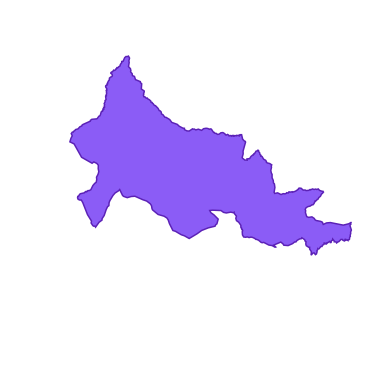 Senga Hill, Northern, Zambia (Robinson projection), rotated 226°
{"feature_id": "96606910B60229531220552", "entity_name": "Senga Hill", "entity_type": "district", "adm_level": 2, "iso_a3": "ZMB", "parent_name": "Zambia", "parent_adm1": "Northern", "projection": "robinson", "projection_center": [31.64, -9.277], "detail": "fine", "context": "isolated", "style": "filled", "palette": "violet", "viewbox_px": 384, "rotation_deg": 226, "n_neighbors": 0, "source": "geoboundaries", "source_scale": "gbopen_adm2", "svg_char_len": 6042}
<svg xmlns="http://www.w3.org/2000/svg" viewBox="0 0 384 384"><g transform="rotate(226 192 192)"><path d="M100.6,286.5L101.6,286.7L101.9,286.2L104.5,284.9L106.6,284.9L107.0,283.6L108.2,283.0L109.0,281.6L110.5,280.8L110.7,280.2L111.3,278.6L111.8,278.6L112.1,277.1L113.8,275.0L114.8,274.8L116.1,273.3L118.9,273.1L120.4,271.8L120.5,271.0L120.1,270.5L120.7,266.9L121.8,264.7L122.3,264.5L122.2,264.0L123.0,263.7L123.4,262.9L124.7,261.9L124.4,261.6L124.5,260.5L125.7,259.6L125.5,259.0L126.1,257.6L127.5,256.4L128.3,254.3L131.9,253.0L133.5,250.5L134.7,250.8L137.7,254.8L140.6,256.9L141.9,256.9L143.9,258.5L146.6,259.5L149.1,261.9L150.4,262.2L152.7,263.6L154.6,266.4L155.7,267.1L156.1,268.2L158.5,267.7L160.7,266.3L161.8,266.2L162.2,266.7L163.7,267.0L165.8,266.3L168.7,267.0L169.6,266.9L170.0,266.4L170.7,267.1L171.7,266.9L173.2,267.9L175.2,268.1L175.6,268.7L176.3,268.5L176.3,267.4L176.9,266.4L176.3,264.3L176.5,263.1L176.2,263.0L176.1,261.7L176.4,261.6L176.6,259.1L176.0,256.7L177.6,254.5L176.6,253.8L178.3,252.2L181.2,251.8L181.9,252.0L183.9,255.3L185.9,257.1L190.7,265.2L191.4,265.5L192.3,265.1L194.8,265.1L198.8,267.5L199.8,266.4L199.4,265.9L199.5,265.0L200.3,265.2L200.6,264.3L201.7,263.6L201.6,263.0L202.6,262.2L202.7,261.6L203.4,261.4L203.2,261.0L204.0,260.7L203.7,260.4L204.9,259.7L204.8,259.2L205.8,259.0L206.1,258.2L206.7,257.6L207.2,257.9L208.7,257.6L209.2,256.2L209.9,255.8L211.1,256.1L213.3,255.5L214.5,254.0L214.8,251.6L215.8,250.3L217.2,250.2L218.3,249.3L219.7,249.3L219.9,248.9L223.8,249.6L224.8,248.9L225.0,248.1L226.7,247.5L228.1,246.4L229.5,244.3L229.7,241.7L232.8,240.2L234.0,237.9L235.8,237.3L236.5,236.3L237.1,236.2L237.8,232.3L239.5,230.8L242.1,229.9L243.1,230.8L244.3,229.8L248.2,228.5L250.9,228.4L256.1,225.8L259.6,226.3L263.7,225.2L264.7,224.4L267.7,224.8L269.4,224.3L270.9,225.4L272.3,225.5L273.3,225.0L275.8,225.7L279.5,225.7L280.4,225.1L282.7,225.4L283.3,225.1L284.1,225.5L285.2,224.9L286.0,225.5L288.1,225.4L289.6,224.9L290.6,225.1L291.2,224.3L293.3,224.2L294.0,223.5L295.5,224.4L295.9,225.4L296.5,225.6L297.2,227.2L297.9,227.8L301.3,227.1L304.8,231.0L306.5,230.9L307.3,231.5L312.1,229.4L315.1,230.9L317.1,230.0L318.8,231.2L320.8,231.2L321.5,231.7L321.6,232.2L323.5,233.4L326.3,233.4L328.8,236.8L330.2,237.7L331.7,240.1L333.9,240.7L334.5,239.3L335.3,238.7L335.4,236.9L333.9,233.3L334.7,232.1L333.9,231.4L333.5,229.0L332.7,227.9L333.0,226.1L332.8,225.4L333.6,224.4L333.1,224.0L333.4,222.7L333.1,222.4L333.1,221.4L333.4,220.6L334.1,220.3L333.7,218.2L334.2,217.5L334.2,216.6L333.8,216.1L332.1,216.3L330.9,215.4L330.7,214.3L331.2,213.4L331.3,211.8L330.0,210.2L329.9,208.9L328.9,206.4L328.5,206.5L328.3,206.1L328.5,205.5L327.9,204.9L328.4,204.0L328.1,203.3L327.1,202.7L325.6,202.5L324.6,201.6L324.7,201.0L324.1,201.0L323.5,199.9L322.5,199.4L321.5,198.0L321.4,197.2L320.6,197.2L320.6,196.1L318.2,194.4L318.2,193.0L317.3,192.2L316.5,190.1L315.6,189.9L315.0,188.9L313.7,188.0L313.7,187.3L314.1,187.1L313.4,186.5L313.7,186.0L313.1,185.0L312.8,185.3L312.7,183.7L312.3,183.6L312.7,182.4L311.1,179.6L310.8,178.5L311.2,177.7L310.7,175.0L310.8,174.3L313.9,170.4L314.1,168.7L313.6,168.0L316.3,160.6L316.5,159.4L316.1,158.6L316.8,156.6L316.6,153.8L317.8,151.6L317.6,150.3L317.9,148.9L317.6,148.2L318.2,147.5L317.9,145.7L315.6,144.9L314.7,142.2L312.9,139.0L308.5,140.6L293.7,136.7L282.1,140.1L281.8,142.3L278.6,143.4L276.3,143.2L273.9,140.7L271.4,139.1L270.0,136.7L269.0,133.6L267.1,132.1L265.5,129.7L265.8,128.1L265.5,125.2L263.9,120.8L264.4,119.1L265.3,118.1L265.2,117.1L265.5,117.0L265.5,116.1L266.2,115.8L266.3,113.8L268.2,110.7L268.4,109.6L267.8,107.4L268.2,106.8L267.3,105.6L265.8,105.0L264.3,105.6L263.0,106.8L260.1,106.0L248.3,101.1L240.9,99.5L239.8,97.9L236.7,97.3L235.6,97.6L234.9,98.5L233.7,98.2L234.8,104.1L234.3,107.7L235.3,108.9L236.1,112.5L239.0,118.1L240.1,121.1L239.9,122.7L241.9,124.9L242.8,126.8L244.4,132.7L244.7,136.0L243.9,140.0L244.0,141.7L237.9,139.7L236.5,139.7L232.9,141.5L231.0,145.1L228.6,148.0L220.5,151.3L217.0,153.1L212.5,153.8L211.4,153.6L210.2,153.3L207.7,151.6L206.5,151.2L199.4,152.0L194.0,155.1L190.8,155.9L188.5,155.5L184.9,153.8L177.6,151.5L175.2,152.8L168.7,154.6L165.8,156.1L160.5,157.7L158.4,166.8L157.6,172.3L154.9,178.8L151.4,184.8L152.0,186.5L151.8,187.8L154.3,192.0L160.4,191.9L164.0,191.2L166.4,191.9L164.6,194.2L158.5,200.0L155.5,200.5L153.1,202.1L150.6,205.9L148.3,207.4L148.2,208.2L147.1,207.5L143.8,207.2L142.6,205.2L140.5,204.1L137.8,204.6L134.1,204.0L132.6,202.6L131.6,202.6L131.3,202.1L130.2,201.8L130.0,202.1L128.9,201.5L128.6,200.6L126.1,198.5L123.8,197.9L122.1,199.2L121.4,200.5L119.6,201.4L118.6,203.1L117.3,204.0L115.0,204.9L113.6,205.0L113.0,205.6L111.0,206.4L107.9,206.7L106.8,207.2L105.9,208.6L100.5,210.4L97.8,212.4L94.6,213.4L94.3,214.0L97.1,213.8L94.3,221.1L91.5,221.4L89.9,221.1L86.7,223.9L85.0,228.5L84.8,231.0L83.9,232.1L84.2,233.9L83.5,236.8L82.5,238.1L82.8,239.2L79.5,239.9L77.8,239.2L77.1,239.5L75.5,237.7L74.0,236.9L71.0,237.6L70.5,238.2L69.2,237.0L66.2,236.4L64.2,234.2L63.8,234.4L64.1,236.5L63.4,237.5L61.2,237.3L61.0,238.5L62.1,240.4L63.1,241.3L63.1,242.0L63.8,243.1L63.3,243.1L62.9,243.9L63.3,246.7L62.5,247.7L63.1,248.8L62.6,250.5L63.5,251.5L62.9,252.2L61.9,252.0L61.3,252.5L61.7,253.6L61.3,253.7L61.5,254.3L61.0,255.1L61.0,256.5L60.1,256.8L59.5,256.4L59.1,257.0L60.1,258.4L59.7,259.6L60.4,260.5L58.0,260.3L57.4,259.7L56.1,260.9L54.9,260.6L54.7,262.4L54.3,263.1L54.4,266.2L53.3,267.3L52.6,267.0L50.9,267.6L50.7,268.5L51.6,269.1L51.2,269.7L50.3,269.4L49.8,270.2L48.7,270.5L49.2,271.1L48.6,271.8L48.6,272.4L49.9,274.0L50.1,275.1L50.9,275.6L52.1,277.6L53.0,278.2L53.9,280.2L57.9,282.2L58.4,282.7L58.4,283.8L59.5,284.7L59.5,285.8L60.2,282.8L63.1,277.8L73.9,270.3L76.3,267.3L77.5,263.9L79.7,264.8L81.4,264.2L85.3,261.5L86.6,261.2L88.0,261.6L90.8,261.0L92.7,258.3L94.6,257.4L98.4,259.3L99.6,260.8L100.8,261.3L101.4,262.7L101.1,265.0L99.8,267.2L99.4,269.5L98.8,270.0L98.9,271.7L99.6,273.2L99.5,274.1L100.0,274.3L99.4,275.7L99.7,276.9L99.3,278.0L99.9,279.2L99.7,281.4L100.6,283.9L100.4,284.7L100.6,286.5Z" fill="#8b5cf6" stroke="#5b21b6" stroke-width="1.5"/></g></svg>